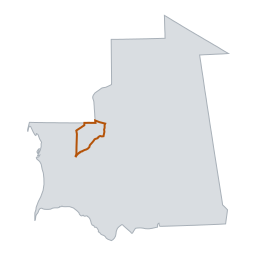 location of Atar, Adrar, Mauritania
{"feature_id": "47542326B12791497255333", "entity_name": "Atar", "entity_type": "district", "adm_level": 2, "iso_a3": "MRT", "parent_name": "Mauritania", "parent_adm1": "Adrar", "projection": "albers", "projection_center": [-13.574, 20.45], "detail": "fine", "context": "in_parent", "style": "outline", "palette": "amber", "viewbox_px": 256, "rotation_deg": 0, "n_neighbors": 0, "source": "geoboundaries", "source_scale": "gbopen_adm2", "svg_char_len": 3969}
<svg xmlns="http://www.w3.org/2000/svg" viewBox="0 0 256 256"><path d="M108.5,239.5L108.1,239.4L106.2,238.1L105.3,236.6L103.9,235.5L101.8,234.7L100.5,233.8L99.9,232.8L99.2,232.2L98.4,231.9L98.3,231.5L98.5,231.0L98.3,230.1L97.1,228.1L96.0,227.2L95.1,227.3L94.5,227.1L94.2,226.6L94.1,226.0L93.4,225.4L92.3,225.2L91.4,223.7L90.7,221.0L89.9,218.8L88.8,217.3L88.0,216.7L87.5,216.6L87.3,216.4L87.1,215.9L86.3,215.8L85.1,216.2L84.0,216.1L83.5,215.3L82.8,215.3L81.9,215.9L80.9,215.7L79.8,214.7L79.2,213.8L79.0,212.8L77.1,210.9L73.5,208.0L69.5,206.6L65.1,206.7L62.7,206.6L62.1,206.1L61.6,206.2L61.1,206.7L60.5,206.8L59.9,206.5L59.5,206.7L59.3,207.4L57.8,207.8L54.9,207.8L52.5,208.2L50.7,209.1L48.2,209.4L44.9,209.3L42.9,208.9L42.3,208.4L41.3,208.2L40.1,208.5L39.0,209.9L38.0,212.5L37.1,213.9L36.5,214.3L35.8,216.2L35.4,219.4L34.8,220.8L34.9,212.8L35.9,209.8L36.2,207.2L38.4,201.4L40.8,196.7L43.1,190.4L44.0,184.3L43.9,178.3L43.3,172.9L42.2,169.4L41.2,164.3L39.7,161.5L36.9,159.1L36.3,157.8L36.9,157.3L38.7,156.9L39.8,155.1L37.5,155.8L40.3,150.2L41.2,146.4L41.1,143.9L41.6,142.3L39.6,138.9L38.1,134.7L37.3,134.0L36.4,133.6L36.3,134.6L35.8,135.5L34.9,134.9L33.1,131.8L30.8,126.8L29.9,126.2L29.2,126.9L28.7,127.5L27.8,131.7L27.6,130.0L28.0,128.1L28.6,125.7L29.4,122.4L31.5,122.4L35.3,122.5L43.0,122.6L46.8,122.7L54.5,122.7L58.3,122.8L66.0,122.8L69.8,122.9L77.4,122.9L81.3,122.9L88.9,122.9L92.7,122.9L95.3,122.9L95.1,120.5L95.0,118.6L94.8,116.1L94.7,113.5L94.5,111.0L94.3,108.6L94.2,106.3L94.0,104.1L93.9,102.0L93.7,100.9L92.9,98.6L92.7,97.4L92.9,96.2L93.4,95.1L94.9,93.0L97.1,91.4L99.7,89.6L101.7,88.1L102.7,87.8L105.7,87.3L108.2,86.2L110.5,85.1L111.5,84.5L111.6,82.6L111.2,39.4L122.6,39.3L125.6,39.2L146.7,38.8L149.8,38.7L165.1,38.3L165.0,36.3L165.0,33.4L164.8,29.4L164.7,25.4L164.5,18.3L164.4,15.4L167.5,17.2L173.6,21.0L176.7,22.8L182.9,26.6L189.1,30.3L195.4,34.0L198.5,35.8L201.6,37.6L204.7,39.5L207.9,41.3L214.1,45.0L216.8,46.5L220.8,49.0L224.6,51.3L228.4,53.5L222.7,53.9L215.1,54.2L209.9,54.5L204.6,54.7L199.6,55.0L200.2,59.0L200.9,63.4L201.5,67.8L202.2,72.3L202.9,76.7L204.8,90.0L205.5,94.4L206.2,98.8L206.8,103.2L207.5,107.7L208.9,116.5L209.5,120.9L210.2,125.4L210.9,129.8L211.6,134.2L212.3,138.7L213.6,147.5L214.3,151.9L215.0,156.4L215.7,160.8L216.4,165.2L217.1,169.7L217.8,174.1L218.5,178.5L219.9,187.3L220.6,191.8L221.3,196.2L222.0,200.6L222.6,204.9L224.8,207.0L227.5,209.8L227.0,213.8L226.3,218.6L225.6,223.9L218.4,224.3L211.3,224.6L193.7,225.3L190.1,225.4L172.5,226.0L169.0,226.1L162.1,226.3L160.1,226.3L159.4,225.9L159.0,223.2L158.4,223.4L157.8,224.2L157.4,225.1L157.6,226.2L157.5,227.1L155.2,227.6L152.2,228.3L148.9,228.8L145.7,228.7L144.6,228.5L143.4,228.2L140.8,227.9L139.4,227.9L137.7,228.0L135.8,228.2L135.2,228.7L133.8,230.8L132.5,233.1L131.5,233.2L130.5,231.9L127.7,229.5L124.2,226.4L122.6,224.8L121.8,224.6L120.2,225.8L118.8,226.9L117.4,228.4L116.8,229.9L116.2,231.7L116.0,233.7L115.5,236.1L114.4,238.1L113.0,239.6L111.9,240.3L111.5,240.6L108.5,239.5ZM38.7,151.6L37.6,153.3L37.2,152.7L37.0,151.5L38.0,149.9L38.5,149.1L39.3,148.8L38.7,151.6Z" fill="#d9dde1" stroke="#a8b0b8" stroke-width="1"/><path d="M75.3,156.9L75.7,156.3L75.9,156.2L76.0,156.3L76.2,156.0L76.5,155.4L77.3,154.6L77.7,154.0L78.1,153.7L78.4,153.4L78.5,153.5L78.8,153.3L79.0,153.1L79.2,152.7L79.6,152.5L79.7,152.4L79.8,152.3L79.9,152.2L80.0,152.1L80.3,152.2L80.5,151.8L80.8,151.8L81.8,151.3L82.3,151.1L82.5,151.2L82.9,150.8L84.4,150.1L84.6,150.0L86.5,149.4L88.0,148.5L88.6,147.8L89.3,147.2L89.8,145.3L90.4,144.5L90.6,144.3L92.4,142.3L93.2,141.3L94.0,140.3L94.5,139.4L95.2,139.0L97.6,138.2L98.5,136.9L100.1,136.0L101.8,136.4L102.8,136.3L103.5,136.2L103.8,134.7L104.4,131.8L104.1,129.5L104.6,127.9L104.6,126.7L104.6,125.0L105.2,123.6L99.6,122.2L95.2,120.5L95.5,122.9L92.8,122.9L88.6,122.8L84.7,122.9L84.4,122.9L84.3,124.5L84.3,124.9L84.3,125.3L82.1,126.7L81.0,127.5L80.5,127.8L76.8,130.2L76.3,130.6L76.9,134.0L76.5,147.1L76.4,154.2L75.3,156.9Z" fill="none" stroke="#b45309" stroke-width="2"/></svg>